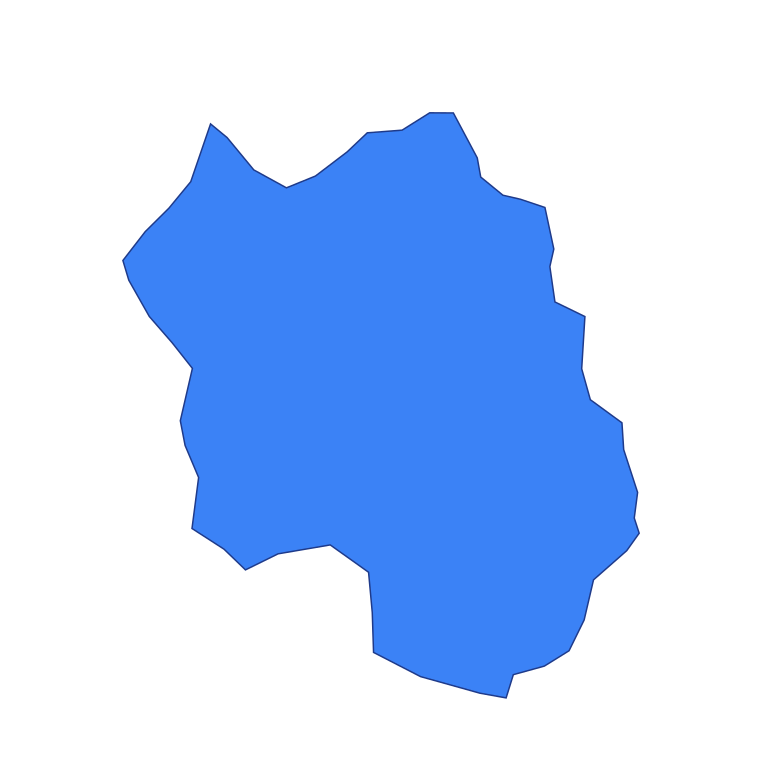 the district of Sjöbo, Skåne, Sweden, rotated 283°
{"feature_id": "70781695B31496650101497", "entity_name": "Sjöbo", "entity_type": "district", "adm_level": 2, "iso_a3": "SWE", "parent_name": "Sweden", "parent_adm1": "Skåne", "projection": "albers", "projection_center": [13.784, 55.677], "detail": "fine", "context": "isolated", "style": "filled", "palette": "blue", "viewbox_px": 768, "rotation_deg": 283, "n_neighbors": 0, "source": "geoboundaries", "source_scale": "gbopen_adm2", "svg_char_len": 855}
<svg xmlns="http://www.w3.org/2000/svg" viewBox="0 0 768 768"><g transform="rotate(283 384 384)"><path d="M598.4,156.5L537.7,150.2L507.0,134.9L478.8,117.1L445.6,101.8L427.7,112.0L397.0,140.1L376.6,168.2L356.1,193.8L302.4,193.8L279.4,204.0L251.2,224.4L201.2,229.3L200.0,229.4L187.1,265.2L172.4,289.7L171.7,290.8L194.7,319.0L215.1,367.8L197.1,411.3L158.6,424.0L120.1,434.2L107.1,485.5L104.3,547.1L105.6,573.6L129.9,575.4L145.2,603.7L165.7,624.3L199.1,632.1L240.3,632.2L276.2,658.0L296.0,666.2L309.7,658.0L335.4,655.5L374.0,632.3L399.7,624.6L415.1,588.6L443.3,573.2L494.9,564.6L502.4,532.1L535.7,519.2L553.7,519.1L592.2,501.1L594.7,475.4L594.7,457.4L607.4,431.7L625.3,424.0L663.7,390.6L658.5,367.5L635.4,344.5L625.0,311.2L601.9,295.9L571.2,270.4L553.2,244.8L563.3,209.0L588.8,175.7L598.4,156.5Z" fill="#3b82f6" stroke="#1e3a8a" stroke-width="1.5"/></g></svg>